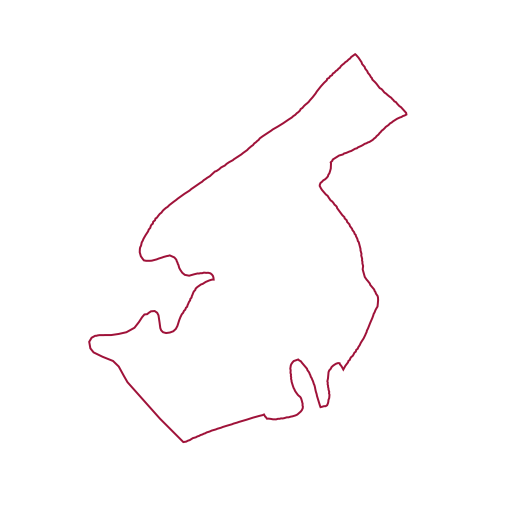 outline of Cidade De Xai-Xai, Gaza, Mozambique, rotated 253°
{"feature_id": "85939544B37239521731461", "entity_name": "Cidade De Xai-Xai", "entity_type": "district", "adm_level": 2, "iso_a3": "MOZ", "parent_name": "Mozambique", "parent_adm1": "Gaza", "projection": "equal_earth", "projection_center": [33.662, -25.05], "detail": "fine", "context": "isolated", "style": "outline", "palette": "rose", "viewbox_px": 512, "rotation_deg": 253, "n_neighbors": 0, "source": "geoboundaries", "source_scale": "gbopen_adm2", "svg_char_len": 6114}
<svg xmlns="http://www.w3.org/2000/svg" viewBox="0 0 512 512"><g transform="rotate(253 256 256)"><path d="M172.9,96.2L128.5,116.6L99.3,132.1L98.9,135.0L99.3,136.9L99.3,138.8L100.3,142.4L100.2,145.5L100.6,147.1L100.6,149.0L101.0,150.6L101.0,152.6L101.3,154.0L101.3,155.6L101.7,157.2L101.7,160.4L102.0,162.6L101.9,166.9L102.1,168.6L102.0,172.2L102.2,174.4L102.2,179.0L102.1,183.9L102.3,185.5L102.2,189.1L102.3,191.0L102.2,199.1L102.3,205.9L102.1,212.7L101.9,215.9L102.1,217.3L99.8,217.8L98.8,218.4L97.2,218.9L96.8,220.5L95.9,222.5L94.9,224.4L93.9,227.4L93.9,229.3L93.4,231.1L93.4,232.5L92.9,233.8L92.7,235.4L92.7,238.3L92.2,240.0L92.2,242.3L92.0,243.9L92.0,247.2L92.3,249.2L94.2,253.4L95.3,254.9L96.8,256.2L98.3,256.8L99.5,256.8L101.2,257.4L102.5,257.4L103.7,257.5L106.7,257.5L108.3,257.1L109.9,256.0L111.0,255.4L114.2,254.3L116.0,253.8L117.0,253.8L118.7,253.4L121.4,253.3L125.5,253.3L126.7,253.6L128.3,253.6L129.7,254.2L131.0,254.2L132.3,254.8L134.1,254.8L136.8,255.8L138.1,255.8L141.2,257.3L142.3,258.2L143.5,259.7L144.5,261.3L144.7,266.1L143.5,266.8L142.2,268.1L140.5,268.7L133.3,271.8L131.8,271.8L129.0,272.8L127.9,272.8L126.2,273.1L124.4,273.1L123.1,273.5L120.8,273.7L119.6,273.9L116.6,273.9L115.4,274.1L113.2,274.0L111.5,273.8L109.1,273.6L106.1,273.6L104.4,273.4L94.1,273.4L92.6,273.5L92.5,275.0L92.5,277.0L92.0,278.6L92.5,280.4L94.2,281.8L95.4,282.5L97.1,283.2L98.8,284.5L101.8,285.7L103.5,285.7L104.6,286.3L107.0,286.3L108.2,286.6L109.6,286.6L110.9,287.0L112.4,287.0L113.9,287.6L115.3,287.6L117.8,289.0L123.7,291.4L125.2,292.6L126.3,294.5L127.7,295.8L128.6,297.7L129.2,299.6L129.6,301.3L129.6,303.2L129.0,304.6L127.7,304.6L126.6,305.2L124.9,305.7L121.9,306.3L124.9,309.4L127.4,312.9L128.6,313.7L129.3,315.4L130.5,316.2L131.6,317.6L132.1,319.1L133.2,320.4L134.8,321.9L135.4,323.5L136.9,324.4L137.6,326.2L138.8,327.1L140.5,329.2L142.0,330.5L143.3,331.9L145.7,334.8L148.6,337.5L149.6,338.3L151.0,339.6L152.2,340.2L153.8,341.8L158.7,345.7L162.8,349.2L164.8,350.7L166.2,351.6L167.4,352.9L169.2,354.3L170.7,355.8L172.1,357.4L174.9,358.6L178.2,359.9L180.6,360.5L182.2,360.6L185.0,359.7L186.5,359.7L188.0,359.2L189.4,359.2L195.0,356.8L196.4,356.8L197.9,356.2L199.5,355.6L201.0,354.9L204.1,353.9L212.0,354.1L215.1,355.5L217.9,355.6L219.3,356.1L220.7,356.1L222.3,356.7L225.7,356.8L227.3,357.5L230.9,357.6L232.2,358.0L239.2,358.3L240.4,357.8L242.9,357.9L245.7,357.4L247.1,357.5L248.3,356.8L250.1,356.8L252.6,355.8L254.0,355.8L257.1,354.6L258.9,354.6L262.0,353.1L263.6,353.2L266.0,351.8L267.3,351.9L269.8,350.5L278.0,347.6L279.6,347.6L281.0,346.9L282.1,346.1L284.0,345.6L285.9,344.8L287.4,343.6L290.6,342.6L292.6,342.1L294.4,340.8L299.9,338.4L301.7,337.9L304.4,337.4L305.7,338.0L307.1,339.2L307.6,340.6L308.7,342.5L309.1,344.4L310.0,346.3L311.1,348.0L312.6,349.0L313.6,350.3L315.3,351.5L317.8,353.1L322.6,354.8L323.7,354.8L324.8,356.9L325.8,357.6L327.8,364.9L327.7,368.8L328.3,370.2L328.2,372.4L328.6,375.9L328.6,377.8L329.6,382.1L329.5,384.0L330.1,385.3L330.5,388.8L330.9,390.8L331.5,392.7L331.5,394.6L331.9,396.2L331.9,397.8L332.9,401.6L333.9,403.5L334.3,404.9L335.4,406.4L336.3,408.6L337.4,410.1L338.1,411.5L339.1,412.9L339.6,414.4L340.6,416.4L341.5,417.8L342.5,421.0L343.6,422.9L344.0,424.8L344.7,426.4L346.0,431.1L346.4,434.1L346.4,435.7L346.9,437.5L346.9,439.2L347.3,441.2L349.0,441.4L355.9,438.2L357.5,436.9L360.6,435.4L362.1,434.9L363.5,433.5L365.1,432.9L366.5,432.1L367.8,431.6L369.4,430.3L371.8,428.7L373.1,428.0L374.8,426.6L377.6,425.5L379.0,424.8L380.4,423.4L385.4,421.6L387.2,420.8L390.8,418.8L392.1,418.9L393.4,418.2L395.8,417.7L398.6,416.5L400.0,416.5L403.3,415.2L405.0,415.2L408.6,413.6L410.4,413.6L415.7,412.0L419.0,410.5L420.0,409.8L418.4,405.1L417.3,403.6L416.9,402.1L415.7,399.9L415.3,398.2L414.3,396.4L413.7,394.7L412.7,392.6L411.5,391.3L411.1,389.8L410.0,388.1L409.6,386.5L408.5,384.7L408.0,382.8L406.7,381.6L406.2,379.3L405.0,378.1L404.6,375.9L403.3,375.0L401.7,371.7L399.3,367.7L395.5,362.2L394.0,360.5L391.2,356.5L389.1,353.0L388.0,351.5L387.0,349.4L386.4,347.8L385.5,345.9L384.0,343.6L383.5,341.7L382.2,340.5L381.1,338.3L380.6,336.7L379.5,334.8L378.9,332.6L378.0,330.8L377.0,327.2L375.0,320.8L373.4,314.7L372.1,308.9L371.5,307.4L368.5,297.2L367.4,294.0L366.2,292.4L365.7,290.9L364.8,289.2L364.2,287.3L362.9,285.5L362.4,283.8L360.9,280.3L359.9,278.6L358.3,273.8L357.4,271.6L355.0,263.2L354.4,261.9L353.6,257.8L352.7,254.8L351.6,252.6L351.2,250.1L350.8,248.3L349.8,246.3L348.8,243.0L348.8,241.4L345.8,235.2L345.0,232.0L344.4,230.4L343.8,228.2L342.7,226.0L342.3,224.3L339.5,215.5L339.0,213.8L338.0,211.6L336.4,205.8L333.7,197.8L333.0,196.2L331.9,193.0L330.0,188.0L328.8,185.8L328.3,183.9L327.3,181.6L326.6,180.2L325.1,178.2L324.4,176.3L322.9,174.1L321.6,172.4L321.2,170.8L319.7,169.9L318.8,167.7L317.1,166.8L316.6,165.4L315.3,164.0L313.8,163.1L312.7,161.2L311.1,160.0L308.2,156.5L305.4,153.5L303.7,152.1L302.4,150.7L299.5,149.1L298.2,147.8L296.7,147.0L293.6,145.9L289.4,145.8L286.1,146.9L284.6,147.5L283.6,149.4L282.5,152.8L282.0,155.0L281.8,160.0L282.0,162.2L282.0,165.8L282.1,167.4L282.0,170.7L281.8,172.3L281.8,173.7L278.5,177.5L275.8,178.7L274.0,178.7L272.7,179.0L271.4,178.9L270.2,179.2L267.1,179.1L264.7,179.6L261.5,180.6L258.8,182.4L256.7,186.3L256.6,191.5L256.4,194.9L255.9,196.4L255.8,197.9L255.3,199.4L255.3,201.4L254.4,203.5L253.9,205.5L252.7,207.4L251.0,208.5L249.5,209.0L247.9,209.0L245.8,208.6L246.3,207.0L246.3,204.2L245.9,200.3L244.9,196.8L244.9,195.2L243.5,190.9L242.5,188.8L241.3,188.0L240.2,186.1L238.7,184.8L237.6,184.0L236.4,182.9L235.1,182.2L234.1,180.6L232.8,180.0L231.7,178.5L230.1,177.2L228.9,176.1L227.6,175.3L227.0,173.9L225.3,172.6L224.6,171.1L223.0,169.7L221.9,167.9L220.4,166.6L220.3,166.4L217.2,163.9L212.1,160.4L209.7,158.0L208.2,154.9L208.0,151.3L208.6,147.5L210.3,144.8L212.6,143.6L215.0,143.4L220.4,144.3L227.8,145.4L230.6,144.9L233.0,143.0L233.8,139.4L232.9,136.5L232.2,135.0L232.7,132.2L230.8,129.2L227.1,124.8L222.9,118.8L221.0,109.8L221.6,101.9L222.7,94.6L226.1,83.1L226.4,81.0L226.3,80.4L226.7,78.8L225.9,74.9L222.7,71.4L216.1,70.6L211.3,72.5L204.5,79.8L197.4,88.6L190.5,92.4L179.9,94.6L172.9,96.2Z" fill="none" stroke="#9f1239" stroke-width="2"/></g></svg>